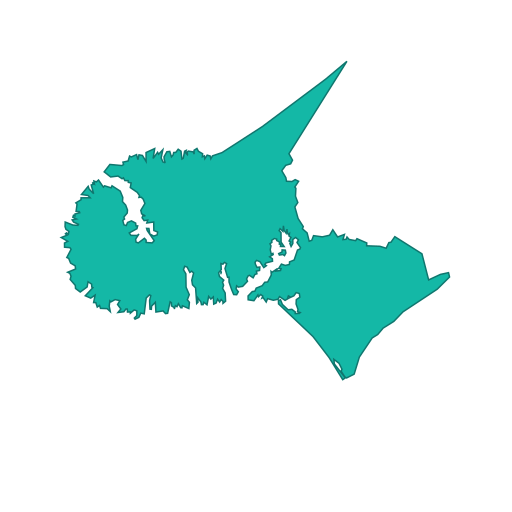 the district of Christchurch City, Canterbury, New Zealand, rotated 151°
{"feature_id": "76426892B12142127553015", "entity_name": "Christchurch City", "entity_type": "district", "adm_level": 2, "iso_a3": "NZL", "parent_name": "New Zealand", "parent_adm1": "Canterbury", "projection": "equal_earth", "projection_center": [172.85, -43.646], "detail": "fine", "context": "isolated", "style": "filled", "palette": "teal", "viewbox_px": 512, "rotation_deg": 151, "n_neighbors": 0, "source": "geoboundaries", "source_scale": "gbopen_adm2", "svg_char_len": 6169}
<svg xmlns="http://www.w3.org/2000/svg" viewBox="0 0 512 512"><g transform="rotate(151 256 256)"><path d="M96.9,143.8L95.7,148.1L103.6,150.5L116.6,151.4L109.8,177.5L125.2,205.6L131.3,202.6L133.3,203.3L138.4,199.7L142.9,204.4L154.3,211.3L152.8,213.7L159.3,222.2L161.4,221.1L166.5,225.3L167.2,228.5L169.1,226.9L172.0,228.2L168.2,232.0L175.4,233.1L176.1,241.7L181.6,238.5L188.7,240.6L195.8,245.9L199.6,242.7L202.3,243.1L200.1,251.4L202.2,257.3L200.4,258.8L201.0,268.4L198.2,280.1L193.5,282.5L192.5,289.1L188.3,295.9L188.6,297.5L182.5,300.7L184.7,303.8L188.4,303.7L193.1,306.6L191.9,310.0L192.1,318.1L186.0,320.9L181.0,319.8L177.6,322.1L177.6,329.5L82.1,382.2L109.4,376.9L187.9,366.1L235.6,362.9L245.5,364.7L248.4,362.9L247.6,365.7L249.8,367.9L253.6,365.9L252.6,368.6L254.8,368.8L253.1,371.3L255.6,375.5L255.5,378.7L258.9,378.5L260.7,375.1L260.4,377.5L264.4,380.6L266.0,380.1L266.6,378.1L266.9,377.8L267.6,380.4L265.9,382.2L267.6,382.3L272.3,376.7L273.8,376.7L270.8,384.0L272.3,387.1L275.9,385.5L277.8,386.4L279.6,384.5L281.9,383.7L280.7,389.3L283.4,390.4L288.4,387.3L289.5,384.9L290.0,382.6L290.3,381.9L290.5,381.9L291.8,383.3L291.4,387.7L286.0,394.1L291.9,392.2L291.8,394.4L298.7,391.2L292.5,399.1L302.0,399.8L306.3,392.0L306.6,399.0L309.3,401.2L312.6,397.5L311.3,402.6L317.1,403.1L318.1,404.7L321.8,401.1L326.9,402.6L327.5,400.2L329.4,400.1L339.4,406.9L348.0,403.2L344.8,395.6L337.9,392.8L335.7,388.5L334.1,388.6L334.1,385.5L331.3,383.9L332.0,382.3L329.8,380.4L332.8,376.8L329.0,369.2L328.6,365.3L330.0,364.0L327.9,363.1L327.1,360.4L327.7,355.8L334.6,351.8L335.6,348.3L333.3,344.7L335.6,346.0L337.1,344.7L336.7,341.2L333.3,339.9L335.5,337.8L329.0,335.3L333.0,327.8L330.4,324.7L332.2,322.4L335.8,323.0L338.2,326.8L336.3,332.0L338.3,333.2L338.8,331.1L337.6,318.7L340.5,317.8L345.5,321.1L344.4,323.2L345.0,325.6L352.6,324.5L354.2,326.3L353.1,329.1L347.7,332.0L349.8,331.5L355.4,334.7L355.7,337.6L346.9,337.6L344.9,339.7L346.4,340.6L345.3,343.1L347.9,347.1L352.1,347.6L354.7,345.5L356.4,347.3L355.3,351.7L352.4,352.2L353.3,352.4L352.5,354.2L347.8,356.0L346.1,358.5L345.3,363.7L346.4,368.3L344.1,371.8L343.3,378.6L347.9,387.2L349.7,385.9L354.4,390.8L356.1,390.2L356.9,398.8L359.7,398.2L361.4,400.2L362.4,397.3L363.4,399.7L363.5,397.6L365.7,398.0L367.8,389.2L369.5,395.4L369.0,398.3L378.8,394.4L373.5,390.3L372.8,387.3L380.8,391.7L381.8,390.0L387.8,389.8L387.4,388.1L391.7,382.3L389.0,380.5L389.2,379.3L394.0,380.5L395.0,378.8L395.9,380.1L397.4,378.7L395.1,375.4L399.3,376.7L399.1,374.1L395.9,369.8L396.9,369.1L401.1,371.8L406.4,378.2L408.8,374.2L409.3,371.5L407.7,368.2L409.5,366.1L410.5,368.1L411.9,367.8L411.2,365.8L417.4,366.6L413.5,360.1L417.2,360.2L419.2,356.5L414.7,353.5L414.5,351.5L422.2,346.4L421.0,344.7L421.6,339.7L418.9,335.1L420.1,332.1L428.6,333.1L427.2,331.1L427.6,328.0L429.9,325.6L428.3,317.9L429.6,315.1L427.2,309.7L418.7,310.8L415.4,314.9L413.4,311.1L414.7,308.4L414.0,307.4L424.6,304.0L421.0,299.3L415.7,299.8L420.6,294.0L418.7,292.9L419.6,288.3L416.8,288.6L417.4,285.6L411.7,282.1L410.4,278.0L408.7,283.3L405.6,287.6L405.2,286.2L400.4,286.2L396.7,283.0L400.6,280.7L399.9,275.2L404.1,273.5L398.6,271.3L395.5,272.7L394.3,272.0L395.6,269.3L393.0,268.0L393.6,266.9L388.7,267.9L386.8,265.8L389.2,261.6L392.5,260.7L392.4,259.4L388.2,259.1L384.5,261.9L381.8,259.6L372.4,272.5L368.0,273.7L367.2,272.4L370.7,268.6L374.5,260.9L373.4,260.1L371.6,262.8L366.5,264.3L370.7,255.5L363.9,253.0L363.1,249.5L361.1,248.7L353.3,257.6L352.6,256.2L354.1,253.3L352.5,250.6L353.1,249.2L350.6,251.7L349.7,250.0L347.0,251.9L346.9,247.3L345.9,246.6L344.5,248.2L340.2,242.6L336.7,247.8L337.3,251.0L333.1,254.5L332.3,262.6L326.0,274.4L326.1,279.1L323.4,281.6L321.6,279.7L321.8,273.7L319.6,273.9L318.8,271.4L323.9,266.0L325.5,261.6L324.3,257.4L330.9,243.2L329.1,243.7L327.3,248.3L326.5,242.5L327.3,239.9L325.9,239.1L324.0,240.8L322.5,237.1L317.0,243.6L316.4,240.2L313.2,240.9L316.3,234.4L313.7,234.2L310.5,236.9L310.1,233.4L307.6,234.8L306.9,232.3L307.8,230.6L304.5,231.2L300.9,238.6L300.9,243.9L298.5,246.1L298.0,249.3L295.9,250.5L297.9,255.8L296.8,259.5L293.0,260.9L290.3,266.4L288.9,264.9L286.7,265.7L285.4,263.6L289.2,260.1L291.2,251.1L289.9,250.6L292.2,246.3L293.6,238.6L294.2,233.1L291.7,231.5L288.8,233.3L289.4,236.9L287.4,239.3L286.6,237.4L282.4,235.9L275.7,238.0L275.4,240.5L272.6,242.4L271.1,242.3L269.1,238.3L265.9,240.4L263.8,240.0L263.0,242.6L259.9,241.6L258.0,244.5L260.7,245.6L260.5,249.0L259.9,251.0L257.6,251.9L255.3,249.1L254.8,242.1L251.6,242.5L252.5,244.3L250.6,245.1L244.1,243.4L243.0,245.7L244.5,248.7L240.3,248.9L239.9,250.1L241.7,250.4L240.5,254.6L238.0,257.6L237.9,259.9L235.5,260.2L234.7,262.1L231.5,262.4L229.7,260.7L230.4,259.5L228.7,257.0L229.8,255.0L228.5,254.5L230.0,252.5L226.8,250.6L227.3,256.0L222.8,264.3L223.5,267.0L221.7,268.2L220.5,264.5L217.4,269.1L219.0,264.7L218.6,261.3L215.9,264.5L217.3,260.8L217.3,259.2L215.8,259.5L217.4,257.3L216.4,255.3L219.8,253.1L218.8,251.4L220.3,250.6L220.7,247.3L217.7,249.1L215.8,252.6L212.4,253.0L211.0,249.6L213.6,247.9L213.0,241.8L214.2,240.8L216.8,241.1L224.6,234.0L229.5,234.6L230.9,232.4L235.0,233.6L237.7,236.6L242.3,234.1L240.2,232.8L241.6,231.4L245.8,233.1L243.1,234.6L249.9,234.0L250.3,235.2L251.9,231.9L258.4,227.6L261.1,228.8L265.0,227.0L271.4,227.8L274.0,225.8L276.5,226.7L282.3,224.9L284.1,221.5L279.5,217.9L273.2,221.0L273.6,219.2L270.5,220.0L269.5,217.7L271.2,216.3L270.0,216.3L269.4,210.8L266.5,213.1L262.3,208.9L257.7,207.5L255.1,209.1L252.1,203.1L247.7,203.2L249.1,203.5L247.0,205.4L245.6,203.2L247.6,203.2L242.2,202.8L238.6,204.5L236.3,202.2L237.6,198.7L241.9,198.3L244.2,194.6L245.2,188.8L246.7,187.2L244.7,185.1L246.0,184.8L249.6,186.6L248.8,188.1L250.5,192.0L254.0,193.4L256.4,200.9L255.8,205.8L258.0,206.1L259.5,203.2L245.2,157.9L241.3,131.7L240.1,105.8L237.0,106.1L239.8,123.5L238.0,127.9L235.4,121.9L235.7,115.3L237.4,114.1L236.9,107.1L235.9,105.4L227.4,105.1L214.6,117.5L194.1,128.0L187.6,128.3L179.8,131.3L167.1,132.0L154.5,135.9L113.6,139.1L96.9,143.8ZM231.7,244.2L230.9,242.5L228.4,244.1L227.5,246.9L230.2,248.7L231.3,246.9L235.0,247.1L235.1,245.5L231.7,244.2ZM293.9,259.6L295.0,258.1L295.0,257.9L294.4,258.3L293.9,259.6Z" fill="#14b8a6" stroke="#0f766e" stroke-width="1.5"/></g></svg>